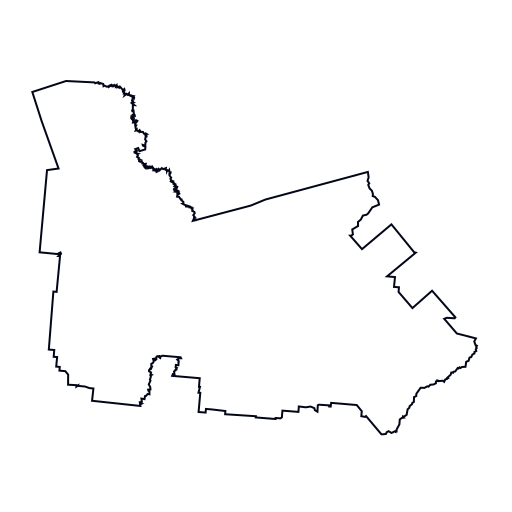 Lachlan, New South Wales, Australia (Mercator projection), rotated 87°
{"feature_id": "25037944B93105500759341", "entity_name": "Lachlan", "entity_type": "district", "adm_level": 2, "iso_a3": "AUS", "parent_name": "Australia", "parent_adm1": "New South Wales", "projection": "mercator", "projection_center": [147.012, -32.8], "detail": "fine", "context": "isolated", "style": "outline", "palette": "ink", "viewbox_px": 512, "rotation_deg": 87, "n_neighbors": 0, "source": "geoboundaries", "source_scale": "gbopen_adm2", "svg_char_len": 6051}
<svg xmlns="http://www.w3.org/2000/svg" viewBox="0 0 512 512"><g transform="rotate(87 256 256)"><path d="M374.7,450.4L375.6,442.0L377.1,442.2L376.0,440.4L376.4,440.5L377.4,433.6L379.2,429.2L379.8,425.3L392.0,427.3L399.7,379.3L398.2,379.5L397.7,378.4L397.5,379.5L395.9,379.7L395.7,377.6L392.4,377.9L393.1,374.8L390.1,374.2L389.9,373.1L388.1,371.4L388.5,369.6L385.5,369.5L385.1,370.4L383.8,370.7L383.7,368.4L381.3,368.5L378.6,369.8L374.9,367.9L373.9,368.4L371.0,367.3L369.8,367.7L369.2,366.4L368.6,367.5L366.8,366.9L365.6,368.8L364.3,368.8L363.5,367.3L362.2,368.0L363.1,366.7L360.9,365.6L360.7,366.3L358.2,366.2L357.3,364.4L355.7,363.6L353.4,364.2L353.2,362.8L354.7,362.0L353.9,360.9L352.0,361.0L351.0,360.1L350.9,358.6L351.3,358.9L352.8,357.0L351.4,356.6L350.7,354.6L353.2,336.6L354.2,336.2L354.1,337.9L355.3,340.1L357.0,338.6L358.0,338.9L358.3,338.1L358.4,338.9L361.0,339.2L360.6,341.7L362.9,342.1L363.6,340.9L365.0,342.1L365.4,341.6L367.0,343.9L370.6,343.5L371.0,344.2L370.0,344.1L369.6,345.2L371.3,346.0L375.1,318.6L383.7,319.8L383.8,318.8L389.5,320.6L389.7,318.8L408.8,321.5L409.7,314.5L406.1,314.0L406.9,308.2L409.2,294.7L412.4,295.1L416.0,264.5L417.2,264.7L419.8,245.0L418.8,244.9L419.4,240.1L418.5,238.6L411.8,237.7L413.9,221.8L408.5,221.1L409.7,214.2L409.2,209.4L411.0,205.7L413.0,205.3L414.7,202.8L408.3,202.1L407.8,200.9L409.0,190.7L410.1,190.8L410.3,189.3L406.6,188.6L410.1,163.2L416.5,158.5L421.5,159.2L422.4,155.4L421.6,154.5L440.6,140.1L440.7,138.9L440.5,135.6L438.8,134.7L437.9,132.8L439.8,129.9L438.3,126.5L438.8,125.9L438.3,125.8L438.5,124.8L436.7,124.7L431.6,121.6L426.8,121.0L425.4,118.9L425.2,117.4L424.8,118.0L423.9,117.6L424.4,117.1L422.5,113.9L417.0,112.6L415.6,110.8L413.9,110.4L412.3,108.1L410.9,107.6L410.0,106.0L405.2,105.6L404.2,103.3L402.0,103.1L396.2,98.5L396.5,94.6L395.1,91.8L395.5,90.5L393.7,88.7L393.6,85.4L392.5,83.0L390.8,82.9L390.2,82.1L390.4,81.0L389.9,81.1L390.5,79.3L390.3,76.0L391.5,74.7L389.1,73.4L388.7,71.6L388.1,71.6L387.9,70.6L387.3,71.0L384.7,67.8L382.6,67.1L382.9,65.3L382.0,65.0L381.7,63.1L378.4,60.4L378.9,59.6L377.9,58.6L378.6,57.8L377.6,56.1L377.6,52.6L372.6,51.6L371.8,49.2L368.6,48.1L368.2,46.4L365.7,45.0L364.8,43.0L363.3,42.9L362.4,41.0L360.7,41.4L359.5,40.4L358.3,41.0L357.2,40.1L356.3,41.5L352.8,42.5L349.8,40.7L343.9,59.5L328.6,71.3L327.7,68.8L328.6,60.9L327.7,60.1L299.9,82.0L316.2,102.5L299.4,115.5L294.7,114.9L294.1,119.8L284.3,118.3L283.2,126.2L261.0,96.3L260.5,97.9L231.5,119.1L254.7,149.8L240.6,160.9L240.6,159.6L239.5,158.1L234.5,158.5L231.4,152.5L227.4,152.4L225.1,149.4L221.2,147.1L220.6,143.5L219.4,141.8L213.5,137.3L211.1,130.4L206.6,131.3L203.1,134.2L202.3,136.3L200.1,136.0L196.8,136.9L194.5,139.0L190.9,140.2L189.3,139.1L186.9,140.7L183.3,139.4L177.9,139.9L200.1,243.6L205.4,258.7L217.6,317.2L215.4,316.1L216.0,315.3L214.5,315.7L214.4,314.8L211.9,316.5L210.1,315.0L208.8,315.2L207.6,317.3L206.8,316.9L205.4,317.7L204.9,317.0L204.5,318.0L204.1,317.0L203.9,319.8L203.1,319.5L201.9,322.6L203.0,322.0L202.9,323.3L202.0,323.3L199.9,326.7L199.6,325.7L198.2,325.7L196.2,327.7L195.6,327.4L195.0,328.6L192.9,329.7L192.6,331.7L189.6,330.9L190.1,330.0L189.7,329.3L188.7,329.8L189.1,331.2L188.0,331.0L187.7,332.4L187.0,330.3L185.8,332.0L186.2,332.8L185.4,333.3L186.0,334.1L185.0,334.5L184.3,333.9L184.7,332.2L183.6,332.3L183.5,331.2L182.8,331.0L182.1,333.4L181.4,332.4L180.1,332.7L180.3,333.9L179.7,334.6L178.9,334.1L178.1,335.3L177.1,334.7L176.7,335.5L177.2,336.4L177.7,336.1L177.0,337.2L176.2,336.6L174.5,337.4L173.4,336.6L171.0,338.2L169.5,338.2L169.4,337.4L168.0,336.9L167.8,337.9L165.7,338.2L166.5,338.7L165.7,340.0L166.6,340.5L165.8,340.5L165.2,341.8L163.5,341.4L164.4,344.2L163.3,345.5L165.7,348.1L165.5,348.9L164.6,348.0L163.8,348.7L165.0,350.0L166.4,349.9L166.8,351.0L165.7,351.2L165.4,352.4L164.8,350.8L164.0,351.0L164.4,351.8L163.6,353.4L164.2,354.0L162.7,354.1L162.5,355.4L162.0,354.6L161.2,355.0L162.2,356.4L161.2,356.5L161.0,358.0L161.6,358.7L162.6,358.3L162.9,359.4L161.6,360.5L161.0,359.6L160.7,360.1L161.2,361.1L162.6,361.5L161.8,362.4L160.7,361.7L160.8,362.8L160.1,363.3L159.7,361.9L158.2,361.3L158.3,363.6L157.3,363.9L157.5,364.7L155.5,365.1L155.9,366.7L155.2,367.8L153.7,367.7L153.6,366.9L152.8,368.3L151.8,367.9L150.8,369.6L149.4,368.7L148.1,369.4L147.8,368.6L147.4,369.9L145.8,370.0L146.8,371.0L146.3,371.9L145.5,371.9L144.7,370.0L145.4,369.7L144.7,369.4L142.9,370.9L142.0,368.0L145.2,366.9L143.8,361.1L141.1,360.7L139.9,363.1L139.1,363.3L139.9,361.0L139.4,360.7L137.0,360.5L135.7,359.4L133.8,360.6L131.2,360.0L131.0,359.1L130.0,359.1L130.4,359.9L129.1,360.3L129.3,359.5L128.5,359.8L128.4,358.9L127.8,359.8L128.3,360.3L127.9,361.6L126.2,362.4L126.1,364.7L125.3,365.0L125.8,365.5L124.5,365.9L125.5,366.9L124.3,368.1L124.5,369.6L122.7,368.7L122.7,369.3L120.6,369.7L119.3,368.8L119.0,369.8L116.1,369.6L116.5,368.7L114.9,367.4L114.1,368.7L116.3,370.7L116.3,371.9L113.5,371.1L114.0,371.8L112.6,372.1L112.8,372.8L112.1,373.3L111.1,373.3L111.6,371.9L110.8,372.2L111.6,371.0L109.5,371.3L109.7,369.7L108.6,369.9L108.3,371.3L107.7,370.5L104.5,370.7L104.9,371.9L104.4,372.1L102.9,371.3L98.9,371.1L99.0,369.6L96.9,372.0L96.4,370.4L95.8,371.6L94.8,370.7L94.1,371.6L91.6,370.7L92.4,369.7L91.6,369.4L91.0,370.3L90.0,369.6L89.7,371.0L90.3,371.5L89.4,373.1L89.0,372.8L88.6,374.5L87.0,374.4L88.3,375.7L87.4,376.6L88.7,378.7L87.1,377.9L87.0,379.5L85.4,379.1L85.1,380.2L84.0,380.3L83.5,378.6L82.4,378.8L83.4,380.1L80.0,382.8L80.6,383.4L79.8,383.8L80.4,384.6L79.7,385.2L80.1,385.8L79.3,385.9L79.7,386.9L78.0,386.5L78.8,388.0L77.8,388.7L79.2,390.0L78.7,390.7L77.4,390.1L78.4,391.3L77.5,391.6L78.1,393.2L78.7,392.9L79.6,394.4L78.9,394.8L79.1,396.2L77.9,398.4L78.4,399.4L76.2,399.6L75.1,402.6L75.9,403.1L75.5,404.3L74.2,404.4L75.1,407.6L74.2,408.2L71.3,436.5L80.5,470.8L110.1,463.0L158.3,448.6L159.3,460.2L241.0,471.9L243.8,453.1L243.0,453.0L242.2,451.1L243.6,450.6L245.7,453.2L245.9,451.7L281.4,457.0L280.9,460.2L338.6,467.8L339.3,462.4L346.1,463.3L346.5,459.9L356.0,461.3L356.5,457.8L360.2,458.3L361.0,452.5L364.6,449.8L374.7,450.4Z" fill="none" stroke="#020617" stroke-width="2"/></g></svg>